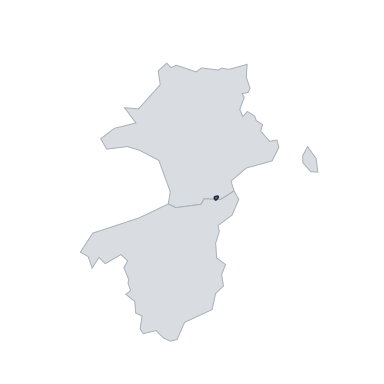 Andorra highlighted, Natural Earth projection, rotated 335°
{"feature_id": "AND", "entity_name": "Andorra", "entity_type": "country or territory", "adm_level": 0, "iso_a3": "AND", "parent_name": "Europe", "parent_adm1": "", "projection": "natural_earth1", "projection_center": [1.563, 42.539], "detail": "fine", "context": "with_neighbors", "style": "filled", "palette": "slate", "viewbox_px": 384, "rotation_deg": 335, "n_neighbors": 2, "source": "natural_earth", "source_scale": "50m", "svg_char_len": 1633}
<svg xmlns="http://www.w3.org/2000/svg" viewBox="0 0 384 384"><g transform="rotate(335 192 192)"><path d="M271.1,92.2L277.3,96.5L295.9,99.6L289.7,110.9L288.4,122.7L284.9,125.5L278.9,124.0L279.4,128.2L270.1,137.5L270.0,145.1L276.2,142.4L280.9,149.8L280.4,154.5L284.4,160.7L280.0,165.8L283.7,178.8L290.9,180.9L289.6,188.2L277.7,197.7L251.4,193.2L232.0,198.6L230.5,208.8L215.0,210.9L200.0,203.3L195.1,207.0L170.6,199.3L165.4,192.8L172.4,182.7L175.3,149.4L162.0,131.9L152.6,123.5L132.8,117.1L131.8,105.1L148.7,101.5L170.3,105.7L166.5,87.1L178.6,94.1L208.6,81.3L212.5,67.9L223.6,64.6L225.5,70.3L231.5,70.6L246.5,84.9L253.1,83.6L267.4,92.6L271.1,92.2ZM307.5,206.1L315.9,199.7L318.6,214.2L314.5,227.2L308.3,223.8L304.9,212.4L307.5,206.1Z" fill="#d9dde1" stroke="#a8b0b8" stroke-width="1"/><path d="M88.1,299.8L87.1,294.2L94.4,283.2L89.8,278.1L93.9,267.0L88.8,256.8L94.7,255.4L95.5,247.4L97.7,244.9L98.3,231.7L104.6,227.2L101.1,218.7L83.1,220.3L80.0,212.0L69.4,218.7L70.6,206.7L65.4,199.4L84.7,187.3L132.8,193.1L165.4,192.8L170.6,199.3L195.1,207.0L200.0,203.3L215.0,210.9L230.5,208.8L231.3,218.5L218.6,229.8L201.4,233.4L200.2,239.1L191.8,248.4L186.5,262.2L191.8,271.9L183.9,279.5L180.8,290.5L170.5,293.9L160.6,307.0L130.2,307.0L116.1,319.4L109.4,318.0L104.4,312.2L100.8,302.4L88.1,299.8Z" fill="#d9dde1" stroke="#a8b0b8" stroke-width="1"/><path d="M213.4,208.2L213.0,208.4L211.8,209.0L211.1,209.3L210.5,209.4L210.0,209.3L209.7,208.9L209.7,208.3L209.6,207.8L209.5,207.5L209.7,206.7L210.1,206.2L210.7,205.9L211.6,206.0L213.5,206.5L213.9,207.0L213.9,207.3L213.5,207.9L213.4,208.2Z" fill="#64748b" stroke="#1e293b" stroke-width="1.5"/></g></svg>